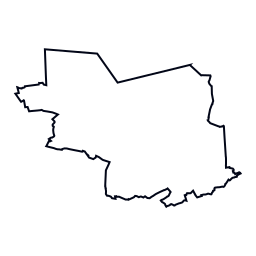 outline of Terneuzen, Zeeland, Netherlands
{"feature_id": "6326949B16829541191970", "entity_name": "Terneuzen", "entity_type": "district", "adm_level": 2, "iso_a3": "NLD", "parent_name": "Netherlands", "parent_adm1": "Zeeland", "projection": "natural_earth1", "projection_center": [3.831, 51.299], "detail": "fine", "context": "isolated", "style": "outline", "palette": "ink", "viewbox_px": 256, "rotation_deg": 0, "n_neighbors": 0, "source": "geoboundaries", "source_scale": "gbopen_adm2", "svg_char_len": 5348}
<svg xmlns="http://www.w3.org/2000/svg" viewBox="0 0 256 256"><path d="M97.2,53.6L44.9,49.3L45.9,76.3L46.3,85.2L43.8,84.6L42.6,82.8L40.0,83.1L39.2,83.0L39.4,84.4L39.5,84.4L24.9,86.3L24.9,86.5L24.7,87.1L24.6,87.3L23.7,87.7L23.4,87.8L23.0,87.8L22.6,87.8L22.4,87.8L22.2,87.9L21.9,88.4L21.8,88.5L21.6,88.5L21.3,88.5L20.6,88.3L19.1,88.1L18.7,88.0L18.3,87.8L17.9,87.4L17.7,87.3L17.3,87.2L18.8,93.0L15.4,93.7L20.2,100.6L21.1,101.8L23.5,100.5L23.7,100.3L24.0,100.5L25.2,107.2L27.6,107.0L29.1,111.3L30.3,111.2L30.7,111.1L37.4,110.5L40.3,110.2L40.8,110.1L41.6,109.9L41.9,110.0L42.4,110.3L42.9,110.6L43.5,110.9L47.5,111.5L52.0,112.3L52.5,112.4L56.0,113.7L57.9,114.5L52.4,119.2L54.4,121.3L54.5,121.5L54.6,121.8L54.6,122.2L54.5,122.5L52.7,124.5L52.6,125.1L52.7,125.5L52.8,126.0L53.0,126.1L53.6,126.5L53.8,126.7L53.8,126.9L53.8,127.0L53.4,128.2L53.2,129.6L53.2,130.4L53.5,133.1L54.2,135.5L54.3,135.8L54.2,136.0L54.0,136.4L52.3,137.5L52.1,137.5L51.3,137.6L50.9,137.7L48.9,139.0L51.0,140.9L49.9,141.4L49.0,140.9L46.5,145.9L46.3,146.2L49.2,147.0L53.8,148.1L56.2,149.0L57.7,149.3L58.0,149.3L58.9,149.3L60.5,149.6L61.9,149.8L62.0,149.5L62.0,149.3L62.1,149.1L64.5,148.4L66.9,148.5L69.3,149.1L74.2,150.1L75.7,150.4L78.9,151.0L81.6,151.6L82.3,151.7L82.5,151.6L82.5,151.4L82.8,150.8L84.8,151.5L86.7,154.2L87.1,154.4L87.4,154.6L87.5,154.7L87.4,154.7L87.3,155.0L89.1,157.6L93.3,159.1L95.7,157.5L96.1,155.8L98.9,157.1L102.6,159.8L103.4,160.1L109.6,162.1L108.7,164.3L105.9,170.3L105.6,176.9L105.2,185.8L105.3,185.8L105.3,186.0L105.5,188.2L105.6,188.6L105.8,188.6L105.8,188.8L105.7,189.0L106.0,190.9L106.0,191.6L106.0,192.0L105.9,193.4L105.9,194.0L106.0,194.2L106.5,194.9L106.8,195.5L107.0,195.7L108.2,195.8L108.6,195.8L110.2,196.4L110.6,196.5L110.9,196.7L111.3,197.2L112.0,198.2L113.1,198.4L115.5,198.8L115.0,196.3L115.5,196.3L116.2,196.2L116.3,196.8L119.0,196.7L122.2,198.1L124.6,199.1L125.4,199.5L125.6,199.5L126.5,199.5L127.2,199.5L127.7,199.5L127.8,199.5L128.1,199.7L128.3,199.4L128.5,199.1L129.2,199.4L133.8,197.3L133.9,197.2L134.7,196.4L135.1,195.9L136.7,196.1L138.8,197.2L140.4,196.6L140.9,196.5L141.0,196.5L143.4,197.5L144.8,196.4L145.1,196.3L147.4,198.0L149.6,198.2L150.5,197.6L151.2,197.0L151.6,196.8L152.5,196.2L153.0,196.0L154.7,194.8L155.6,194.2L156.1,193.9L159.9,192.0L161.0,191.5L162.1,191.0L163.2,190.5L163.9,190.1L164.1,190.1L164.5,190.1L167.4,188.7L167.6,188.5L170.5,191.8L170.6,192.0L169.7,193.5L169.4,194.3L168.7,195.7L168.5,195.9L168.3,196.1L167.7,196.4L167.3,196.5L167.1,196.6L166.8,197.0L164.1,198.8L162.4,199.7L161.5,199.9L161.1,200.3L160.8,200.5L161.0,200.8L162.1,202.1L162.3,202.2L162.6,202.3L163.9,203.1L164.3,203.4L165.0,204.0L165.2,204.4L165.3,204.8L165.4,205.3L165.7,205.7L166.0,206.3L166.3,206.7L166.7,206.4L166.8,206.3L166.9,206.1L167.0,206.1L167.3,206.0L167.5,206.0L167.8,205.9L168.2,205.8L169.0,205.5L170.5,204.6L170.5,204.4L171.1,204.1L171.4,204.1L171.7,204.2L172.0,204.4L172.9,204.8L173.3,205.0L173.8,205.4L174.0,205.5L174.4,205.5L174.8,205.4L175.1,205.0L175.4,204.8L176.9,204.2L177.9,203.8L178.9,203.4L180.2,203.1L182.0,202.5L182.3,202.3L182.8,201.8L183.8,200.6L184.3,200.4L184.7,200.3L185.1,200.3L186.4,200.7L186.0,199.3L186.0,199.2L184.7,195.2L184.9,195.1L185.2,195.0L186.1,195.1L186.3,195.0L186.4,194.9L186.5,194.4L186.9,193.3L187.0,193.2L188.3,193.2L188.4,193.3L190.6,193.2L193.1,190.7L194.4,193.1L194.8,193.8L194.7,193.8L195.5,195.3L197.2,197.4L201.7,196.0L201.3,195.1L203.8,194.5L205.4,194.5L206.3,194.3L207.4,193.9L207.9,193.7L208.4,193.7L210.8,194.3L211.3,194.3L211.5,194.1L211.6,193.9L211.8,193.2L212.1,192.5L212.3,192.3L212.8,191.9L212.9,191.6L213.0,191.2L213.1,190.9L213.1,190.7L213.3,190.6L213.6,190.5L214.0,190.5L214.4,190.3L214.5,190.1L214.5,189.8L214.5,189.6L214.5,188.7L214.4,188.5L214.4,188.4L214.7,187.9L214.8,187.8L215.1,187.6L217.6,187.3L219.7,187.2L222.3,186.6L222.8,186.7L223.2,186.9L224.0,186.6L224.2,186.4L224.6,185.9L225.1,185.0L225.1,184.9L225.2,184.3L225.2,184.1L225.3,184.0L225.5,183.8L225.9,183.7L226.2,183.2L226.8,182.2L227.2,181.8L227.4,181.4L227.5,181.2L228.5,179.6L229.6,180.4L229.9,180.3L230.2,180.1L230.3,180.0L230.7,179.4L230.9,179.2L231.9,178.3L232.5,177.8L233.1,177.7L233.7,177.5L234.2,177.5L234.9,177.1L235.7,177.0L236.7,176.8L236.9,176.7L236.8,175.9L236.9,175.7L237.1,175.4L237.8,175.0L238.3,174.7L238.9,174.3L240.6,173.5L240.2,172.9L239.7,173.0L239.3,172.3L239.2,172.3L238.8,172.4L238.2,172.8L237.6,173.0L237.2,173.1L235.6,173.8L235.2,174.1L234.4,172.6L234.1,172.7L233.4,172.7L232.8,171.0L233.6,170.3L233.7,170.2L233.7,169.8L233.5,169.4L232.8,168.6L229.5,167.9L229.4,167.1L226.0,167.7L226.0,166.9L225.9,165.5L226.0,164.1L226.0,162.1L226.0,160.6L226.0,159.6L226.0,158.9L225.9,156.9L225.8,156.7L224.5,136.8L224.2,131.7L223.9,126.4L223.7,126.4L223.7,126.2L223.4,125.8L222.5,126.3L222.0,126.4L222.0,126.5L220.0,126.8L219.7,126.9L219.2,126.6L219.0,126.4L218.1,126.2L210.3,123.2L210.2,123.1L210.0,122.9L209.4,122.1L208.2,121.0L208.0,120.7L207.9,120.5L208.2,120.5L208.2,120.3L208.8,117.3L208.5,117.2L209.9,110.3L210.0,109.6L211.8,104.7L212.3,104.4L212.5,103.8L212.3,103.6L213.1,101.3L213.2,101.1L213.2,100.9L212.1,95.0L211.9,93.7L211.7,86.2L211.2,86.0L209.8,84.3L209.4,83.8L209.3,83.7L208.8,82.2L208.7,81.7L208.8,81.4L209.4,80.4L209.5,80.1L210.6,76.3L210.6,76.2L210.3,75.4L202.1,75.2L201.7,75.2L201.2,75.4L189.9,65.0L190.0,64.9L117.6,82.6L97.2,53.6Z" fill="none" stroke="#020617" stroke-width="2"/></svg>